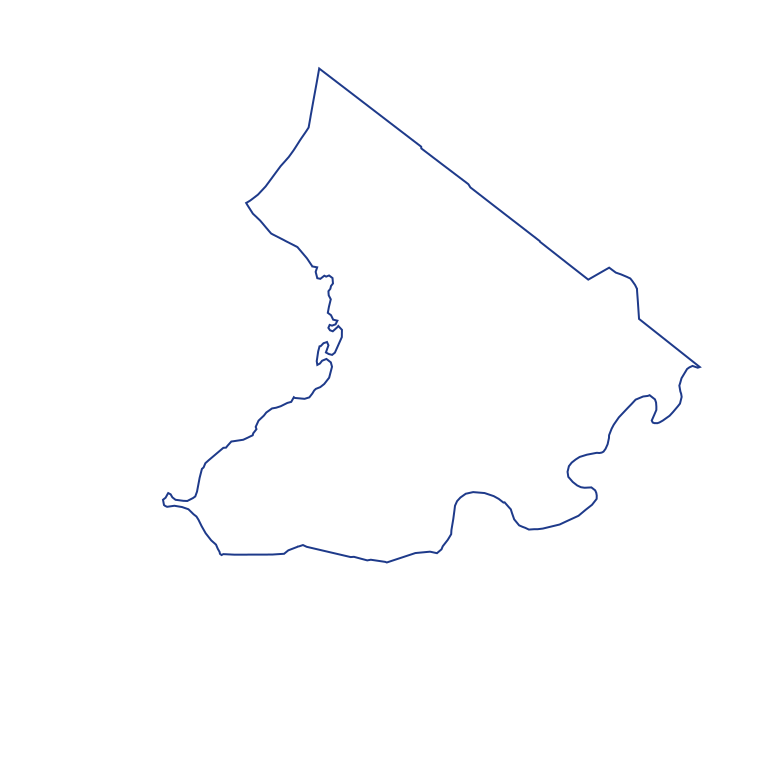 the district of Jokadu, North Bank, Gambia, rotated 38°
{"feature_id": "56634734B78170872061000", "entity_name": "Jokadu", "entity_type": "district", "adm_level": 2, "iso_a3": "GMB", "parent_name": "Gambia", "parent_adm1": "North Bank", "projection": "robinson", "projection_center": [-16.187, 13.51], "detail": "fine", "context": "isolated", "style": "outline", "palette": "blue", "viewbox_px": 768, "rotation_deg": 38, "n_neighbors": 0, "source": "geoboundaries", "source_scale": "gbopen_adm2", "svg_char_len": 3993}
<svg xmlns="http://www.w3.org/2000/svg" viewBox="0 0 768 768"><g transform="rotate(38 384 384)"><path d="M360.4,618.8L361.3,618.8L362.1,617.0L371.6,610.3L391.5,594.6L400.7,587.4L406.2,582.5L409.8,579.3L411.0,574.0L416.1,565.5L416.1,565.2L416.9,564.4L419.3,560.8L423.3,559.9L450.7,547.2L464.3,540.9L466.7,538.7L479.4,533.3L481.8,530.6L494.5,523.4L496.1,522.9L512.8,497.9L523.5,487.8L529.9,484.7L531.1,478.9L530.2,475.7L530.2,467.7L529.8,464.2L529.4,461.0L527.0,457.5L521.7,447.7L517.3,440.2L514.9,436.2L513.7,431.3L514.1,426.4L516.0,420.1L516.7,419.3L520.8,414.3L530.4,408.0L539.5,404.8L543.9,404.1L545.1,403.9L551.1,403.9L551.9,403.0L558.7,404.3L561.1,404.7L564.3,406.9L569.9,410.5L577.5,412.2L581.0,411.3L583.8,410.4L587.8,409.5L591.8,405.9L594.6,403.7L598.2,400.1L608.9,386.6L612.4,379.7L618.4,368.1L620.3,359.2L622.3,351.1L622.3,346.2L622.3,343.6L620.3,340.9L618.3,339.1L615.9,337.8L614.7,337.8L612.3,337.8L611.1,337.8L605.9,342.3L602.7,344.1L598.7,345.0L593.1,345.0L586.4,343.7L582.7,340.2L580.3,334.9L580.3,330.4L581.5,325.5L583.1,321.0L587.4,314.8L593.7,307.6L594.2,307.1L596.2,305.8L597.8,304.0L598.6,302.2L598.5,298.7L597.3,293.8L594.5,288.0L592.9,285.8L590.9,279.1L590.1,274.6L589.6,265.7L590.8,252.9L591.4,247.4L591.9,241.4L592.2,240.9L595.9,234.3L599.1,231.1L599.7,230.2L600.2,229.3L607.0,229.3L609.8,231.1L612.6,234.2L614.6,236.8L615.9,241.7L617.5,248.0L619.5,248.9L621.1,248.4L623.5,246.6L624.7,244.8L626.2,241.2L628.6,233.2L629.0,228.3L629.3,220.7L629.3,217.2L628.1,214.5L626.5,210.9L624.1,208.7L622.1,207.4L617.7,203.4L616.9,201.2L614.9,196.3L613.6,185.6L614.4,182.9L616.0,179.8L621.2,178.0L622.4,176.2L619.6,176.2L545.9,175.7L544.9,175.7L532.8,162.2L526.7,155.5L524.6,153.1L524.4,153.1L523.8,152.8L520.9,151.4L516.0,149.9L513.1,149.2L510.6,149.8L510.0,149.9L503.3,151.7L498.1,153.5L489.8,153.7L487.3,159.8L480.7,176.0L480.2,176.0L475.5,176.0L454.3,176.0L419.5,175.9L418.8,175.5L361.9,175.8L331.0,175.9L328.9,175.1L327.4,174.6L293.0,175.1L268.4,175.4L267.2,174.1L226.2,174.5L202.8,174.7L139.6,175.3L138.7,175.3L145.5,188.1L154.5,205.3L159.1,214.0L161.4,218.4L161.5,218.5L166.7,228.3L167.1,232.9L167.6,241.3L167.8,244.0L168.6,252.2L168.9,255.9L169.2,264.0L169.1,265.0L168.8,270.2L168.4,276.0L168.6,283.6L168.7,287.1L169.1,301.2L168.1,312.4L166.0,320.5L165.5,322.2L164.5,324.8L163.9,326.2L166.2,327.1L175.8,330.5L184.2,331.3L186.0,331.5L198.8,334.2L202.4,334.9L204.3,334.6L217.2,332.1L218.0,332.0L231.5,329.4L233.4,329.8L245.9,332.4L255.0,335.4L255.1,335.5L259.5,333.2L261.1,337.7L266.3,341.7L269.1,340.3L270.3,335.4L272.3,335.0L273.9,332.3L278.2,332.2L281.9,336.2L281.9,339.4L283.1,342.0L283.1,345.1L283.8,345.9L284.3,346.5L285.9,348.2L289.9,350.0L292.6,356.0L293.1,357.1L295.9,362.5L299.9,362.4L304.3,364.6L308.3,362.8L309.1,366.8L307.1,370.0L304.8,370.9L305.6,374.0L308.4,374.9L311.2,374.0L312.3,367.7L312.3,366.4L317.5,367.2L319.3,369.6L321.9,373.0L326.0,389.5L325.2,393.0L322.0,394.4L318.8,394.9L316.4,387.7L313.2,386.0L311.2,389.1L310.8,393.1L310.0,394.0L312.1,398.9L315.4,404.7L316.9,407.4L319.7,410.0L320.9,407.3L320.9,403.8L323.2,399.7L327.6,399.7L328.8,399.7L332.4,402.4L336.9,412.8L336.9,420.8L335.7,425.7L333.3,429.8L333.0,431.8L333.0,432.4L333.4,435.6L333.4,440.5L330.6,444.5L330.2,444.8L322.3,449.9L321.1,449.9L321.9,455.2L319.5,458.4L316.3,465.1L313.6,469.1L310.8,472.2L308.8,478.9L308.8,482.9L307.7,490.1L309.3,496.8L311.3,498.1L311.3,503.4L312.1,505.2L309.0,511.5L307.4,514.6L300.2,522.2L299.1,523.3L298.7,529.1L298.7,531.4L296.7,533.2L292.8,551.9L292.0,556.4L293.2,560.8L292.8,563.0L296.5,571.5L297.7,573.8L301.3,580.8L302.9,583.9L304.5,588.8L303.7,591.5L301.0,597.3L297.8,599.6L291.0,603.6L287.8,603.6L287.0,603.6L283.8,602.3L281.1,602.8L281.2,603.7L281.9,608.1L281.1,611.3L281.6,611.7L285.1,614.8L286.7,614.8L288.7,614.3L293.8,609.0L300.6,605.3L307.0,603.1L314.2,603.9L317.8,603.9L321.4,605.2L327.8,608.3L335.3,611.4L338.9,612.3L344.1,613.6L350.5,614.0L354.5,616.2L357.7,617.5L359.3,618.8L360.4,618.8Z" fill="none" stroke="#1e3a8a" stroke-width="2"/></g></svg>